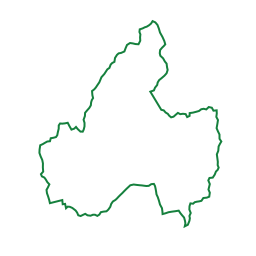 Massaranduba, Santa Catarina, Brazil, rotated 174°
{"feature_id": "56859067B40963919376977", "entity_name": "Massaranduba", "entity_type": "district", "adm_level": 2, "iso_a3": "BRA", "parent_name": "Brazil", "parent_adm1": "Santa Catarina", "projection": "robinson", "projection_center": [-48.993, -26.644], "detail": "fine", "context": "isolated", "style": "outline", "palette": "green", "viewbox_px": 256, "rotation_deg": 174, "n_neighbors": 0, "source": "geoboundaries", "source_scale": "gbopen_adm2", "svg_char_len": 2935}
<svg xmlns="http://www.w3.org/2000/svg" viewBox="0 0 256 256"><g transform="rotate(174 128 128)"><path d="M92.4,231.7L94.1,229.5L96.3,228.0L98.8,226.8L100.8,226.4L103.1,225.5L106.0,224.9L106.6,222.3L105.9,219.8L106.5,217.0L106.7,213.5L108.8,210.2L111.8,210.7L114.3,211.6L117.1,212.3L120.3,210.7L122.0,207.7L123.6,204.5L127.0,203.4L129.5,203.2L131.3,201.9L133.6,199.0L134.6,195.2L136.9,194.3L138.6,192.9L140.2,189.7L142.4,188.5L143.8,186.8L145.9,184.2L149.1,181.3L151.7,176.5L153.9,173.9L155.8,171.6L157.5,170.0L159.9,168.5L160.0,164.4L159.6,161.4L161.1,159.5L162.0,157.3L162.6,154.4L164.4,152.0L166.7,149.9L169.1,147.6L169.6,144.4L171.3,140.9L170.7,137.6L171.1,134.1L172.2,131.1L173.4,129.1L175.7,129.4L178.2,132.3L179.6,134.5L181.5,133.0L184.4,132.3L186.0,135.9L187.4,139.5L190.2,139.2L192.9,139.2L195.1,139.6L196.6,137.8L197.0,134.5L198.2,131.2L199.1,128.2L200.6,126.5L203.1,126.1L205.9,125.9L207.0,123.0L209.7,123.0L212.5,121.8L214.4,120.9L217.1,120.0L218.2,115.8L218.7,112.5L217.9,109.1L216.6,105.1L216.3,101.7L216.8,97.6L216.9,93.5L219.4,91.2L218.7,88.9L216.4,87.5L215.2,85.5L213.9,82.6L212.1,80.2L214.0,77.1L215.5,75.0L215.4,71.6L214.6,68.3L213.9,64.7L213.5,61.4L200.9,63.2L200.9,59.0L198.5,59.1L198.0,54.7L196.2,56.1L194.1,55.7L191.7,54.3L188.7,51.4L187.4,49.1L186.6,46.4L184.3,45.4L181.9,46.3L179.5,47.1L177.4,45.4L174.4,44.7L171.9,45.4L169.9,45.2L167.7,43.8L165.5,44.9L163.8,47.1L161.3,47.4L158.1,47.4L156.1,48.9L153.9,51.4L152.6,54.3L150.7,56.5L148.0,57.8L146.3,59.1L144.6,60.6L142.5,62.3L140.4,63.9L138.4,65.6L135.8,67.7L131.7,70.8L128.3,71.2L124.9,70.4L122.1,69.8L120.0,69.4L118.0,68.9L115.8,68.4L113.4,68.3L110.8,69.7L108.1,69.7L107.2,67.4L106.9,64.8L106.7,61.9L106.6,59.0L105.6,56.1L104.8,52.4L104.2,48.6L102.6,44.7L102.5,41.4L102.6,38.8L99.5,39.3L96.5,40.0L93.2,40.2L89.7,40.3L86.2,40.5L84.8,37.8L83.5,35.8L81.6,33.1L81.0,29.6L80.9,27.0L81.8,24.3L78.6,25.5L76.6,29.3L75.9,31.8L76.1,34.1L74.5,36.9L75.5,40.5L75.0,43.8L73.8,46.5L71.2,45.9L69.4,47.2L67.3,47.5L64.8,47.6L62.6,47.9L60.4,50.5L56.9,50.5L54.4,51.2L53.4,55.1L54.4,58.4L53.6,60.6L52.5,63.7L53.6,67.5L52.2,69.8L48.9,69.8L46.6,72.6L45.1,75.5L43.2,77.0L42.0,79.1L42.7,81.7L42.2,85.0L42.3,88.9L42.4,92.5L40.6,95.9L39.8,100.2L38.1,102.8L36.6,104.8L38.1,107.7L37.7,112.0L38.9,115.3L39.9,118.6L38.7,122.7L37.7,126.5L39.0,129.8L38.2,133.1L38.0,136.3L41.2,136.3L42.5,139.4L45.5,140.4L48.2,138.3L50.7,139.2L53.2,139.0L55.6,137.5L58.5,137.0L61.8,136.5L65.1,136.4L65.5,133.6L68.0,132.7L69.2,135.8L71.9,136.4L74.6,136.3L76.8,137.8L79.0,136.3L81.5,134.5L84.0,134.1L85.8,136.0L86.9,137.9L89.0,139.5L90.6,141.8L93.0,142.6L102.0,161.8L98.3,162.7L96.9,165.3L94.5,167.7L93.7,170.2L92.0,172.4L89.5,174.0L86.3,176.2L83.9,178.4L82.5,181.6L82.8,184.2L82.9,188.0L84.4,190.3L85.8,193.6L88.3,196.5L88.6,199.1L87.9,202.2L85.6,204.4L83.9,205.7L82.2,207.3L82.8,210.7L84.2,214.9L86.2,219.6L86.9,223.6L87.9,227.4L89.8,230.2L92.4,231.7Z" fill="none" stroke="#15803d" stroke-width="2"/></g></svg>